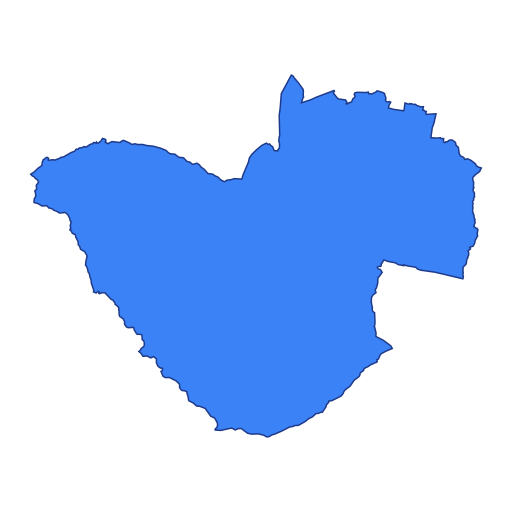 Buda, Buzau, Romania (Natural Earth projection)
{"feature_id": "2599482B42882340443121", "entity_name": "Buda", "entity_type": "district", "adm_level": 2, "iso_a3": "ROU", "parent_name": "Romania", "parent_adm1": "Buzau", "projection": "natural_earth1", "projection_center": [26.899, 45.501], "detail": "fine", "context": "isolated", "style": "filled", "palette": "blue", "viewbox_px": 512, "rotation_deg": 0, "n_neighbors": 0, "source": "geoboundaries", "source_scale": "gbopen_adm2", "svg_char_len": 5997}
<svg xmlns="http://www.w3.org/2000/svg" viewBox="0 0 512 512"><path d="M266.7,436.9L268.8,436.7L272.6,434.6L274.2,434.3L281.0,431.4L289.9,426.9L292.9,426.5L294.9,425.5L297.8,425.4L299.1,425.0L305.2,421.5L308.5,418.8L312.4,416.9L316.0,413.6L318.2,413.4L320.8,412.3L322.4,412.2L326.1,406.6L326.3,405.0L328.7,402.3L328.8,401.1L332.0,400.6L341.0,396.1L342.8,394.1L344.1,391.1L345.4,389.7L350.1,386.1L354.2,380.2L358.8,376.7L359.7,375.6L360.1,373.4L360.6,372.6L363.6,370.5L364.0,368.5L367.9,366.7L371.6,364.2L372.7,364.1L374.1,363.1L376.2,362.5L377.3,361.5L376.7,359.8L378.4,359.1L380.2,354.9L381.3,353.7L385.7,351.3L392.3,348.5L390.7,345.8L383.5,340.4L375.9,336.5L376.0,332.8L374.6,326.8L374.2,326.6L374.8,324.9L375.0,322.2L374.6,312.7L373.4,312.0L372.6,310.8L372.2,309.8L372.4,307.6L371.5,303.7L371.3,300.9L371.6,297.1L373.2,294.8L376.0,292.7L375.3,290.4L375.6,288.8L376.4,288.1L377.7,283.1L378.0,277.4L379.0,276.8L382.2,272.3L380.2,269.4L378.5,269.1L377.7,268.3L377.3,267.2L378.9,266.4L380.3,266.5L381.2,265.9L381.3,263.6L382.3,262.8L383.5,260.3L384.0,260.0L387.9,261.4L395.2,262.8L398.3,264.6L400.0,264.9L403.7,265.7L403.7,264.7L406.9,265.8L415.8,267.3L417.6,269.1L420.8,270.2L435.0,272.2L462.9,278.8L463.4,276.4L462.7,274.3L463.2,273.3L463.1,271.6L462.7,270.8L463.1,269.8L463.0,267.3L466.2,263.9L466.8,259.4L467.8,257.8L467.7,256.8L468.5,255.6L468.7,254.5L468.7,252.6L467.9,251.1L470.5,248.9L469.7,247.3L473.2,246.1L474.7,243.1L475.1,240.5L477.6,236.0L477.2,233.5L477.9,229.6L476.9,228.3L476.2,228.4L473.8,226.3L475.2,222.3L474.5,221.0L475.1,220.0L474.1,217.2L473.8,214.4L473.0,213.4L473.0,212.1L472.5,211.0L472.9,207.9L472.7,205.1L473.1,203.4L472.5,201.8L473.1,200.5L473.7,200.0L473.7,197.7L474.5,196.9L474.5,196.3L474.3,194.3L474.5,193.2L473.1,190.6L473.1,188.5L474.0,187.7L473.4,186.5L473.7,182.8L472.7,179.2L472.9,177.4L473.5,176.3L474.6,175.8L475.3,174.7L479.6,171.6L481.3,168.0L477.7,166.8L476.0,165.1L475.3,163.7L470.9,160.3L467.6,158.8L464.7,159.4L463.7,157.4L460.5,155.9L459.3,153.8L458.3,147.2L456.1,145.4L455.4,142.3L451.9,139.9L449.2,140.2L447.5,141.7L445.8,141.8L445.6,142.3L444.4,142.6L443.6,142.0L443.4,139.6L443.8,138.9L442.9,138.4L441.5,138.6L440.5,138.2L440.3,137.7L437.3,138.1L430.9,137.7L432.2,128.0L434.1,122.6L436.0,113.8L426.2,114.4L425.7,113.5L426.3,111.5L425.0,111.2L423.4,109.9L422.7,110.1L423.4,106.7L420.7,106.8L417.0,105.6L415.4,104.3L413.6,104.5L411.5,103.7L410.4,104.0L409.8,103.5L408.9,104.2L405.0,103.0L404.1,109.7L403.7,110.8L393.8,109.4L388.3,107.9L389.2,105.0L390.7,102.2L389.6,101.6L387.4,102.1L385.7,101.0L385.4,99.7L385.9,99.1L385.7,97.2L384.6,94.7L384.7,93.7L383.1,92.6L377.2,90.8L375.8,92.1L371.6,94.0L368.8,93.7L368.4,92.1L365.9,92.5L357.4,92.3L354.9,92.8L354.2,94.4L355.0,95.9L354.9,96.5L354.4,97.5L352.9,98.8L351.5,102.0L349.3,102.6L348.9,103.2L348.2,103.2L347.3,104.0L346.2,103.7L346.8,102.8L346.8,101.9L345.5,99.9L338.7,99.0L337.0,97.7L333.5,93.2L333.4,92.4L334.4,91.4L334.0,90.5L316.3,97.2L310.9,99.7L301.5,102.8L302.9,98.0L303.6,97.1L303.2,94.8L303.4,91.4L303.1,89.3L298.4,82.8L293.9,77.5L293.3,76.2L291.3,75.1L281.3,93.7L280.1,108.8L279.2,115.1L279.7,135.6L279.2,136.7L278.8,141.1L279.5,143.5L279.5,147.6L277.9,149.9L277.6,150.9L274.5,150.7L274.1,150.3L272.5,146.6L270.7,145.4L269.6,144.0L268.3,144.3L266.2,143.2L261.8,145.4L256.4,149.9L251.8,154.4L249.4,157.9L248.4,162.2L243.2,174.5L241.8,179.1L234.5,178.6L230.8,179.7L226.7,180.2L225.4,181.4L224.2,181.6L220.6,179.8L218.3,177.3L214.6,175.6L212.9,174.2L207.9,173.5L204.2,169.3L201.1,167.1L199.3,164.8L197.0,163.2L192.6,164.4L189.8,162.1L186.9,161.4L183.5,157.8L178.7,157.2L174.9,154.2L170.1,153.7L168.1,152.5L166.2,150.5L161.0,148.3L153.2,146.2L146.7,145.5L142.8,144.5L137.5,144.5L135.2,143.8L131.7,144.4L129.6,143.0L123.7,140.4L122.3,140.7L119.9,142.5L112.0,141.6L107.7,143.7L106.6,142.8L105.5,142.5L105.2,141.8L106.0,140.8L105.6,139.4L102.5,138.4L101.0,140.9L98.3,143.1L97.0,143.1L96.6,142.1L95.9,143.0L95.3,142.6L93.4,142.7L92.5,143.8L90.3,144.3L86.2,147.0L83.9,146.6L82.0,147.7L79.4,147.9L77.8,149.3L76.3,149.1L74.8,151.1L70.8,152.7L63.4,157.0L60.9,157.3L60.0,158.1L54.8,160.1L52.8,159.7L48.7,160.3L48.2,160.0L48.6,158.3L47.3,157.4L46.2,157.5L44.2,159.3L43.4,159.5L42.3,162.1L41.8,165.6L37.8,168.4L34.3,171.9L30.7,174.2L32.3,175.9L34.2,176.8L35.5,178.6L37.0,179.4L38.5,181.6L38.3,182.6L36.3,185.2L36.6,189.2L34.8,191.0L35.4,192.6L35.8,196.5L34.4,198.5L33.9,202.0L34.2,202.6L38.0,203.6L42.1,206.0L46.9,205.7L48.7,207.9L51.9,208.7L54.1,210.4L56.4,211.1L59.4,213.0L63.6,212.7L64.1,212.3L65.7,212.8L67.9,214.8L69.7,218.4L70.2,220.9L71.0,221.4L70.8,223.8L70.2,225.6L70.9,228.6L70.0,229.2L70.0,230.1L71.2,230.9L72.2,233.1L74.0,234.2L75.0,234.3L75.4,234.8L75.8,237.2L78.1,241.7L78.2,244.7L79.6,246.3L80.6,249.3L84.6,251.6L86.9,255.4L86.9,257.5L86.1,260.0L85.5,265.1L86.7,266.6L87.8,269.9L88.1,272.0L89.2,273.5L90.3,278.2L90.9,279.1L91.4,283.3L93.7,290.0L93.5,292.0L96.1,293.0L98.0,291.4L98.6,291.5L99.1,291.8L98.8,293.3L99.2,293.7L102.2,292.7L104.9,292.8L111.1,299.3L113.0,300.2L115.0,303.1L115.1,304.4L116.6,305.3L118.5,307.4L118.9,308.2L118.6,309.6L119.0,311.0L119.2,315.1L119.7,316.4L123.4,319.1L124.6,321.7L124.5,324.0L126.2,326.8L128.1,327.7L133.6,327.4L134.3,330.1L136.7,333.9L137.2,334.3L140.6,334.4L141.9,335.0L142.2,339.6L143.8,341.0L144.2,342.2L144.3,345.0L143.8,346.5L141.1,348.5L140.3,350.3L138.8,351.5L140.9,353.2L143.0,356.3L147.1,356.0L150.8,357.9L153.5,356.6L156.4,358.8L156.4,362.9L158.1,366.4L160.5,368.1L161.8,368.0L162.6,368.7L162.0,370.8L161.0,371.4L163.0,376.2L165.3,377.6L169.4,377.5L176.1,380.9L179.5,384.2L179.6,387.6L181.0,389.7L182.2,390.6L184.5,390.7L187.0,391.9L187.2,392.6L186.9,393.2L188.2,397.0L188.5,399.9L189.1,400.9L193.1,402.9L196.7,406.1L199.4,406.2L205.2,408.4L210.7,416.2L214.7,418.1L217.3,422.8L217.6,424.8L217.1,427.1L215.1,429.2L215.3,430.1L221.0,430.4L231.2,428.1L232.8,428.5L234.5,429.7L235.4,429.9L238.2,428.6L240.7,428.5L241.5,428.7L247.5,433.2L251.4,434.1L258.4,433.9L263.7,435.2L266.7,436.9Z" fill="#3b82f6" stroke="#1e3a8a" stroke-width="1.5"/></svg>